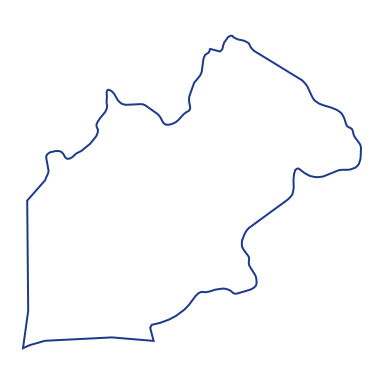 SVG path tracing the border of Nakhon Nayok
{"feature_id": "THA-409", "entity_name": "Nakhon Nayok", "entity_type": "Province", "adm_level": 1, "iso_a3": "THA", "parent_name": "Thailand", "parent_adm1": "", "projection": "albers", "projection_center": [101.238, 14.229], "detail": "fine", "context": "isolated", "style": "outline", "palette": "blue", "viewbox_px": 384, "rotation_deg": 0, "n_neighbors": 0, "source": "natural_earth", "source_scale": "10m", "svg_char_len": 2455}
<svg xmlns="http://www.w3.org/2000/svg" viewBox="0 0 384 384"><path d="M167.1,124.8L169.9,124.6L173.4,123.4L175.7,122.2L178.0,120.4L183.8,114.1L186.3,112.2L188.6,111.0L189.8,109.6L190.2,107.4L189.0,100.9L189.2,96.7L194.2,82.6L197.5,78.9L200.1,75.5L201.7,72.0L203.5,58.7L205.1,54.9L209.0,52.3L210.1,48.9L219.9,51.5L221.3,50.4L222.5,48.7L223.1,45.7L224.2,42.5L228.0,37.2L230.4,35.8L232.3,35.8L233.1,36.7L233.5,37.3L237.5,39.3L243.6,40.6L246.7,42.0L248.8,43.3L250.5,46.8L251.6,48.4L254.1,50.9L302.1,80.3L305.4,83.7L307.6,86.9L311.6,95.7L313.5,99.1L314.7,100.5L317.7,102.7L319.3,103.7L323.2,105.2L331.3,107.6L336.9,109.9L340.1,112.1L341.5,113.4L342.5,114.9L343.4,116.5L344.3,118.4L346.2,124.4L347.0,126.0L348.5,127.1L350.2,127.9L351.8,128.9L352.6,130.5L353.7,134.7L354.4,136.5L359.8,143.9L360.6,145.7L361.0,147.9L360.6,157.7L360.2,160.0L358.9,163.9L357.4,165.9L355.2,167.7L350.3,169.5L347.3,169.8L342.3,169.8L340.1,170.0L338.0,170.5L323.2,176.5L318.8,177.1L316.4,177.1L314.1,176.9L309.8,175.9L304.6,173.1L298.8,168.6L297.2,168.6L295.3,169.9L294.0,174.3L293.5,179.2L293.7,187.5L293.4,189.9L292.4,194.4L290.5,196.9L287.6,199.7L249.1,227.8L246.6,230.5L244.7,233.7L242.1,240.3L241.8,243.8L242.0,246.6L243.7,249.9L248.3,256.0L249.0,257.5L249.1,259.7L248.8,261.8L248.9,264.0L249.4,265.8L255.4,275.5L256.0,277.4L256.4,279.4L256.6,281.4L256.5,283.3L256.3,284.6L255.6,286.1L253.7,287.8L250.8,289.5L236.9,293.6L234.9,293.7L233.3,293.1L231.4,291.4L230.2,290.5L228.7,289.8L226.7,289.1L224.5,288.7L222.5,288.6L215.6,289.6L209.6,291.5L205.7,292.2L201.3,291.9L198.3,293.3L195.3,296.3L189.2,304.6L184.4,309.6L176.1,315.8L169.2,319.5L160.0,322.9L151.8,324.8L150.8,326.6L150.2,327.9L153.6,340.9L112.0,337.4L44.8,340.8L29.9,345.1L23.0,348.2L28.2,310.9L27.2,200.6L45.4,179.9L45.9,178.0L47.5,174.7L48.2,172.8L48.6,171.0L46.3,158.4L46.2,156.3L47.4,154.1L49.8,152.4L55.3,151.1L58.6,151.0L61.1,151.7L62.5,153.0L63.7,154.5L64.5,156.2L65.5,157.7L67.1,158.8L69.2,158.7L72.1,157.3L76.1,153.6L81.4,150.9L90.1,143.8L96.2,136.3L97.7,132.7L98.0,129.7L97.1,128.0L96.5,126.2L96.5,124.3L97.9,121.4L100.3,117.9L105.3,111.8L106.8,108.4L107.2,105.6L106.6,103.5L106.6,101.4L106.9,96.8L106.6,92.5L107.1,90.6L108.4,89.7L111.2,90.8L112.8,92.3L114.2,93.9L118.0,100.5L120.7,103.1L122.4,104.0L124.4,104.6L126.8,104.8L141.0,104.1L143.1,104.4L145.1,105.2L157.4,113.9L158.6,115.1L159.8,116.6L160.8,118.1L162.5,121.4L163.6,123.1L165.1,124.3L167.1,124.8Z" fill="none" stroke="#1e3a8a" stroke-width="2"/></svg>